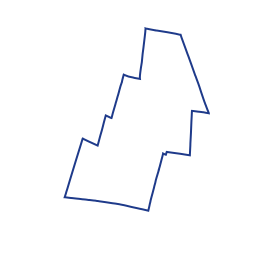 Ghergheasa, Buzau, Romania, rotated 66°
{"feature_id": "2599482B37895514994023", "entity_name": "Ghergheasa", "entity_type": "district", "adm_level": 2, "iso_a3": "ROU", "parent_name": "Romania", "parent_adm1": "Buzau", "projection": "robinson", "projection_center": [27.182, 45.278], "detail": "fine", "context": "isolated", "style": "outline", "palette": "blue", "viewbox_px": 256, "rotation_deg": 66, "n_neighbors": 0, "source": "geoboundaries", "source_scale": "gbopen_adm2", "svg_char_len": 2843}
<svg xmlns="http://www.w3.org/2000/svg" viewBox="0 0 256 256"><g transform="rotate(66 128 128)"><path d="M119.3,173.8L120.0,174.4L122.9,176.9L135.1,187.6L148.8,199.5L151.8,202.1L158.1,207.5L158.8,208.1L161.6,210.6L162.5,211.3L164.6,213.2L165.5,214.0L165.7,213.6L166.8,211.8L167.3,211.0L168.5,209.0L169.5,207.2L171.5,203.8L172.8,201.5L173.4,200.5L174.6,198.6L175.0,197.8L176.3,195.5L177.7,193.3L178.0,192.8L178.0,192.6L178.8,191.3L179.4,190.3L180.3,188.8L181.0,187.5L182.0,186.1L182.4,185.3L183.5,183.7L184.1,182.7L186.8,178.4L188.6,175.6L190.6,172.5L191.0,171.8L191.9,170.3L194.2,166.8L195.1,165.6L196.9,163.0L198.1,161.4L201.5,157.0L203.4,154.4L204.7,152.6L206.5,150.2L208.2,147.8L211.8,143.1L210.6,142.2L208.8,140.8L205.9,138.7L204.8,137.8L203.1,136.6L200.6,134.6L197.8,132.3L195.3,130.3L193.2,128.6L191.7,127.5L190.5,126.5L189.3,125.5L186.7,123.6L185.9,122.9L184.8,122.0L184.0,121.3L178.8,116.8L178.7,116.9L177.9,116.2L177.2,115.6L176.4,114.9L169.4,109.3L167.8,108.0L166.5,107.0L165.8,106.4L165.6,106.3L166.9,105.2L167.5,104.6L167.7,104.4L167.8,104.3L167.7,104.2L167.3,103.8L165.7,102.5L165.6,102.3L165.9,101.9L169.2,96.6L172.9,90.6L174.2,88.6L175.0,87.4L178.1,82.6L176.3,81.7L169.6,78.3L167.3,77.2L158.1,72.5L147.6,67.3L143.1,65.0L142.1,64.5L140.7,63.8L139.3,63.1L138.4,62.6L139.0,61.5L139.5,60.7L140.9,58.4L141.3,57.8L142.2,56.2L143.4,54.2L143.8,53.6L144.1,53.0L145.2,51.4L145.6,50.9L146.4,49.7L146.9,48.9L147.1,48.6L147.4,48.2L147.1,48.1L146.9,48.1L146.1,48.1L145.1,48.0L143.8,48.0L143.4,48.0L142.4,47.9L142.1,47.9L141.8,47.9L140.1,47.8L139.1,47.7L137.5,47.7L136.9,47.6L134.7,47.5L134.0,47.4L132.5,47.3L125.0,46.6L119.4,46.0L115.9,45.7L111.1,45.4L108.5,45.2L108.3,45.2L107.6,45.2L106.8,45.2L106.0,45.1L95.9,44.3L87.7,43.7L84.0,43.5L79.9,43.2L66.9,42.3L64.2,42.0L63.8,42.8L61.2,46.2L61.0,46.5L56.7,52.8L51.6,60.6L50.7,62.0L50.5,62.4L50.0,63.3L49.9,63.3L49.8,63.5L49.3,64.2L45.9,69.1L45.7,69.3L45.3,69.9L44.8,70.7L44.3,71.4L44.2,71.5L44.5,71.6L44.8,71.8L46.4,72.7L47.2,73.1L51.3,75.5L61.2,81.4L66.1,84.4L69.8,86.5L73.5,88.6L78.4,91.8L82.6,94.4L85.2,95.9L87.3,96.9L88.0,97.1L84.9,101.7L83.8,103.0L83.1,104.0L81.2,106.6L79.4,108.4L78.0,109.8L77.5,110.2L77.6,110.3L78.2,110.8L78.8,111.2L79.1,111.5L79.4,111.7L79.6,111.9L79.8,112.1L80.0,112.2L80.2,112.3L80.3,112.5L81.0,113.0L81.6,113.5L82.0,113.8L82.3,114.0L83.1,114.6L83.5,114.8L83.7,115.0L83.8,115.1L84.0,115.3L84.5,115.8L85.2,116.4L85.8,117.0L86.8,117.9L87.4,118.4L90.2,120.7L91.6,121.8L92.2,122.3L92.4,122.5L93.2,123.1L95.0,124.7L98.4,127.5L100.1,129.0L100.9,129.6L102.9,131.3L104.3,132.5L108.2,135.8L109.6,136.9L112.1,138.9L112.2,139.0L111.8,139.5L111.0,140.2L109.9,141.1L107.5,143.2L112.5,147.3L117.7,151.4L119.8,153.1L123.7,156.4L129.4,161.0L131.7,162.9L126.9,167.1L125.9,168.0L124.9,168.9L120.2,172.9L119.2,173.6L119.3,173.8Z" fill="none" stroke="#1e3a8a" stroke-width="2"/></g></svg>